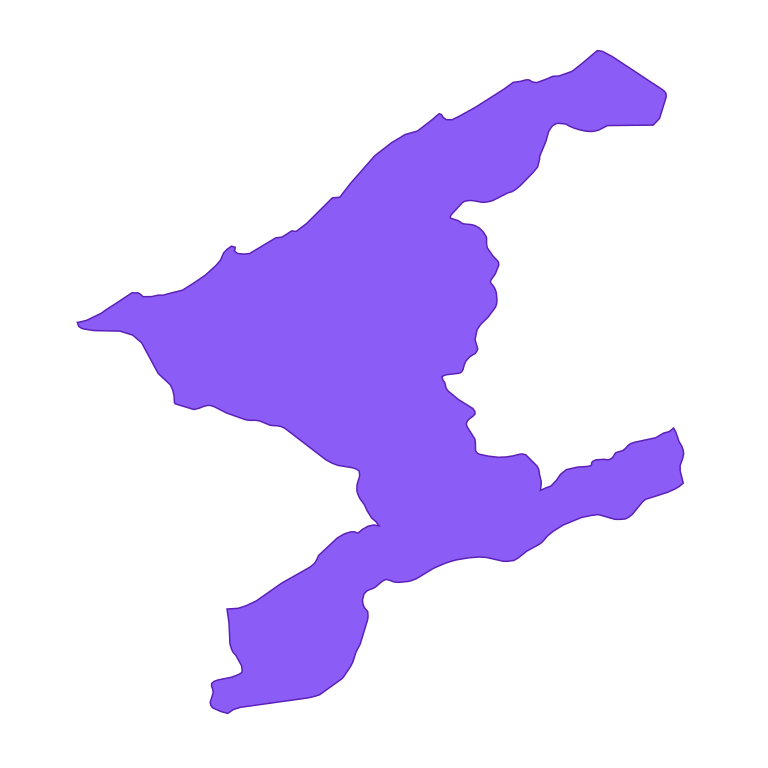 La Libertad, Equal Earth projection, rotated 86°
{"feature_id": "PER-580", "entity_name": "La Libertad", "entity_type": "Department", "adm_level": 1, "iso_a3": "PER", "parent_name": "Peru", "parent_adm1": "", "projection": "equal_earth", "projection_center": [-78.244, -7.962], "detail": "fine", "context": "isolated", "style": "filled", "palette": "violet", "viewbox_px": 768, "rotation_deg": 86, "n_neighbors": 0, "source": "natural_earth", "source_scale": "10m", "svg_char_len": 4793}
<svg xmlns="http://www.w3.org/2000/svg" viewBox="0 0 768 768"><g transform="rotate(86 384 384)"><path d="M301.1,685.6L301.1,684.0L299.8,676.4L298.0,671.8L295.5,665.6L293.7,661.1L290.4,655.9L285.8,647.4L275.3,628.8L275.8,626.0L275.8,623.2L277.5,620.6L280.1,618.3L280.6,609.7L279.6,602.7L280.0,598.1L278.4,590.3L276.4,578.6L269.7,566.2L262.9,554.6L254.1,543.4L249.0,538.4L242.0,534.8L238.7,531.2L235.9,526.6L237.2,522.9L239.4,523.3L240.6,524.1L243.5,521.3L244.6,515.2L244.5,509.0L230.7,481.9L230.3,475.3L224.8,465.4L225.7,461.0L218.4,449.9L194.7,422.5L194.6,415.1L181.4,403.3L155.5,377.1L143.8,359.6L136.6,345.5L134.0,333.0L123.0,316.5L120.3,313.1L118.2,310.0L119.3,307.8L122.0,306.6L124.7,303.3L125.1,297.5L122.1,290.2L114.1,273.1L98.1,243.6L92.1,234.0L91.6,226.7L90.5,221.1L90.7,218.2L93.1,214.7L94.0,210.7L91.5,201.9L88.8,194.0L89.0,188.4L85.2,174.5L78.1,164.1L69.3,152.1L66.3,147.9L67.4,142.9L73.1,133.7L110.6,84.7L112.1,83.5L114.0,82.4L117.4,82.5L138.3,90.6L144.5,97.4L141.8,143.1L145.5,151.6L146.2,154.5L146.6,158.7L146.3,162.2L145.7,165.6L143.9,171.6L141.7,177.2L139.4,181.6L137.4,184.3L136.0,192.4L136.6,194.8L137.9,197.5L139.7,199.3L143.7,202.2L152.9,205.4L167.5,212.7L170.9,213.2L178.2,215.6L183.4,220.5L195.5,234.1L199.0,239.0L201.1,242.8L201.6,245.5L202.1,247.4L208.5,262.5L209.2,265.4L209.6,268.7L209.7,271.7L209.4,274.2L207.4,282.0L206.9,285.6L207.2,290.4L208.6,293.2L219.9,305.2L221.8,306.2L223.2,306.1L226.0,299.1L226.7,297.9L227.5,296.9L228.3,295.9L229.1,294.9L229.7,293.6L230.1,292.0L230.9,286.7L231.3,285.0L232.3,282.3L234.3,279.1L235.8,277.3L239.6,274.1L243.9,271.9L244.9,271.6L245.6,271.5L251.3,271.9L255.2,271.5L264.1,266.3L269.6,261.7L270.7,261.3L273.4,261.2L281.9,265.3L287.4,269.8L288.8,270.6L290.4,270.6L294.5,267.7L297.2,266.5L300.8,265.6L307.8,265.4L311.9,266.1L315.0,267.3L324.6,275.5L331.3,283.4L336.2,287.3L346.1,290.1L355.5,288.0L357.6,289.0L359.9,290.8L361.3,293.8L363.1,296.9L366.8,300.7L370.4,302.6L375.0,304.1L377.1,305.5L378.2,307.1L378.6,309.8L379.1,321.2L380.5,325.6L384.2,325.0L386.7,323.3L392.6,322.3L395.7,320.3L404.7,310.8L414.7,297.0L417.6,295.3L420.2,295.2L421.9,297.0L425.0,301.6L426.9,303.6L429.9,304.7L432.7,303.9L445.2,297.2L448.1,296.9L456.8,297.3L459.1,296.1L460.7,293.8L463.3,284.6L465.1,274.9L465.3,267.5L464.8,260.9L463.6,254.3L463.4,251.2L464.4,247.6L476.5,237.1L479.4,235.8L482.2,235.3L484.8,235.2L492.3,234.0L494.6,234.1L501.1,235.4L498.9,229.7L497.5,224.7L492.2,218.8L486.4,214.2L482.1,208.0L480.4,196.7L480.4,186.4L479.9,183.3L478.7,182.5L477.2,182.4L475.8,181.3L474.7,178.7L474.4,177.2L474.5,169.3L475.1,166.9L475.2,164.7L473.6,161.5L472.0,160.0L470.2,158.9L468.7,157.6L468.1,155.3L467.1,150.5L464.9,147.4L462.4,144.9L460.6,142.0L459.5,137.6L456.6,116.9L452.4,108.3L451.4,102.7L448.1,98.2L452.4,96.2L462.0,93.7L467.0,91.2L470.6,90.2L474.5,89.9L479.2,91.3L486.1,94.3L491.2,94.6L503.8,92.4L506.8,96.6L509.0,100.9L511.8,108.6L517.3,131.1L519.6,134.3L531.3,145.3L533.8,148.9L535.5,153.0L535.5,158.6L535.1,163.1L529.2,179.3L529.6,186.5L530.9,196.2L537.2,215.2L542.7,225.4L546.7,231.2L552.9,237.4L554.8,240.5L560.7,253.3L567.0,262.4L569.1,266.7L569.5,272.8L569.2,277.3L564.2,293.8L563.2,301.6L563.3,311.5L564.5,324.1L565.8,330.5L567.4,336.5L571.4,347.7L580.4,365.1L581.9,369.8L582.7,374.0L582.9,383.5L582.5,386.3L582.1,388.0L580.2,392.2L579.4,394.4L579.2,395.5L579.4,396.5L580.3,398.7L581.8,401.1L585.9,406.6L587.2,409.4L588.0,412.5L589.4,415.8L592.1,418.6L598.1,420.6L602.6,420.2L605.7,419.1L609.9,416.1L614.5,416.1L617.8,416.7L641.8,425.9L649.4,430.6L659.2,434.5L663.5,437.1L673.5,444.9L675.2,446.7L689.5,469.9L690.7,474.6L691.8,481.5L696.5,549.5L697.5,554.0L698.3,557.0L701.7,562.8L699.4,569.5L695.2,577.4L692.8,579.1L689.4,579.6L680.0,575.9L676.4,576.2L673.4,577.1L670.7,576.8L668.8,574.2L667.7,570.6L665.9,556.7L663.6,549.0L662.4,546.9L661.5,545.8L659.1,545.5L655.2,545.7L644.6,550.6L641.3,553.2L637.5,554.7L632.3,555.8L611.5,555.3L597.5,556.3L597.6,545.3L595.6,537.1L591.5,526.6L575.5,500.0L561.5,470.6L558.7,466.7L557.3,465.2L555.1,463.7L550.4,461.1L534.3,441.3L531.0,434.6L530.0,431.2L529.2,427.4L529.4,423.6L531.0,420.6L527.4,415.4L524.8,410.0L523.9,404.3L525.1,398.8L520.7,401.7L516.9,405.6L509.0,409.8L503.3,411.9L496.7,416.0L492.3,417.7L488.8,418.5L483.1,418.0L478.1,416.3L475.5,415.1L472.7,414.6L469.0,414.9L466.9,417.6L465.4,421.1L461.9,435.8L459.4,441.2L455.7,447.1L421.2,486.1L419.3,489.6L418.3,493.0L417.7,497.9L417.1,500.7L412.2,510.6L411.5,513.5L411.1,516.1L411.0,519.2L410.7,521.8L410.0,524.6L402.0,543.0L394.9,554.8L393.3,558.6L393.1,561.8L393.6,564.8L395.3,570.2L396.2,575.4L389.2,593.7L387.4,594.5L386.5,594.3L380.7,594.3L375.1,595.2L369.8,597.3L357.8,608.5L326.0,622.9L317.7,631.3L312.8,643.9L310.5,669.4L308.2,679.6L307.3,681.9L305.2,684.5L301.1,685.6Z" fill="#8b5cf6" stroke="#5b21b6" stroke-width="1.5"/></g></svg>